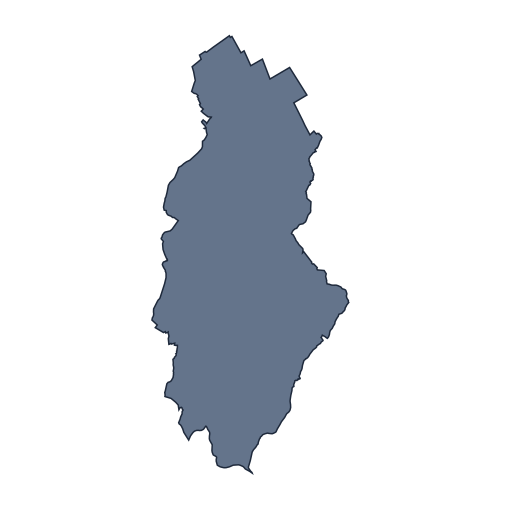 Frumoasa, Harghita, Romania, rotated 96°
{"feature_id": "2599482B33040841725403", "entity_name": "Frumoasa", "entity_type": "district", "adm_level": 2, "iso_a3": "ROU", "parent_name": "Romania", "parent_adm1": "Harghita", "projection": "equal_earth", "projection_center": [25.919, 46.451], "detail": "fine", "context": "isolated", "style": "filled", "palette": "slate", "viewbox_px": 512, "rotation_deg": 96, "n_neighbors": 0, "source": "geoboundaries", "source_scale": "gbopen_adm2", "svg_char_len": 6147}
<svg xmlns="http://www.w3.org/2000/svg" viewBox="0 0 512 512"><g transform="rotate(96 256 256)"><path d="M74.4,339.3L79.2,337.3L87.9,334.7L90.6,335.5L99.1,337.2L100.6,334.7L100.8,333.9L100.8,333.2L101.2,332.0L102.5,330.4L103.6,331.1L104.5,330.3L105.6,329.5L106.1,329.9L110.3,327.2L111.3,328.0L112.9,327.0L113.7,326.3L113.7,326.0L115.4,323.8L117.7,325.6L119.5,323.3L122.5,318.4L122.6,317.9L122.5,314.9L122.9,315.0L124.6,316.4L129.4,318.9L128.4,319.5L127.7,320.4L126.6,322.3L126.2,322.8L128.2,324.1L129.1,323.5L130.5,322.0L131.6,320.6L133.7,319.1L134.5,320.9L134.7,320.6L134.4,320.3L134.2,319.4L135.5,318.8L138.0,318.2L140.4,317.2L143.5,318.3L146.0,319.6L147.5,321.2L152.9,320.7L155.1,321.3L159.7,324.7L167.7,331.8L169.6,335.0L171.8,337.5L174.4,339.8L174.7,340.5L176.1,342.2L179.8,342.9L186.6,345.0L188.4,346.2L191.9,349.2L194.8,350.5L202.0,351.1L206.8,351.8L208.1,352.4L210.9,352.4L213.0,352.8L217.1,353.1L220.0,352.1L220.2,350.0L222.0,349.8L224.1,348.3L224.6,347.3L225.3,344.5L226.4,343.1L226.3,341.2L227.2,340.1L228.9,337.0L238.1,342.2L239.8,343.8L240.1,344.2L241.7,348.8L242.3,349.6L244.7,351.1L247.5,351.6L247.9,352.0L248.8,352.1L251.2,349.6L253.6,350.2L259.3,349.1L264.0,346.9L268.3,344.4L268.3,344.0L269.3,343.6L269.9,343.8L269.8,344.3L270.3,344.6L270.4,345.3L270.9,345.6L271.1,346.4L271.7,347.4L272.4,347.8L274.1,348.3L275.1,347.9L276.6,347.0L276.6,346.8L277.1,346.7L279.6,344.7L280.7,344.6L281.4,344.1L282.9,343.6L286.9,343.2L293.1,344.0L307.4,347.0L308.7,347.5L309.6,348.4L311.1,349.2L319.3,352.3L322.4,352.1L324.1,351.7L325.8,351.7L327.1,352.0L328.3,352.6L330.6,352.8L334.9,347.0L337.8,348.7L341.8,340.0L340.7,338.3L342.0,337.7L341.4,336.2L340.8,335.4L341.8,335.3L344.7,334.2L347.3,334.6L353.0,333.4L352.8,332.9L351.9,331.7L351.9,331.1L352.4,330.9L351.2,327.7L353.2,327.8L353.3,326.9L353.1,324.8L355.8,324.6L356.9,324.9L357.2,324.7L358.2,324.7L358.9,325.1L359.3,324.8L359.7,324.9L360.1,324.8L361.3,325.0L361.6,325.5L362.0,325.2L363.0,325.0L364.2,325.6L364.4,325.9L364.9,326.2L365.4,326.6L366.3,326.6L367.4,327.8L370.8,327.1L373.0,327.0L375.4,326.2L376.7,326.1L379.3,326.3L380.2,325.8L382.1,325.8L382.5,325.6L384.5,325.8L385.0,325.6L388.9,327.2L390.4,328.9L390.7,330.1L392.4,331.3L400.4,332.2L401.0,332.5L404.2,331.8L405.1,332.0L405.3,331.8L406.5,325.6L409.8,320.6L412.3,317.8L416.9,316.6L415.0,315.8L414.3,314.5L414.6,313.9L415.9,313.3L416.4,312.7L416.9,312.5L418.5,313.2L420.7,313.0L423.9,314.1L426.7,314.5L427.3,314.8L428.3,315.0L429.8,315.5L430.2,315.3L431.0,314.9L431.8,313.5L432.9,312.5L435.6,310.8L439.0,309.3L446.1,303.7L441.7,302.3L438.4,300.4L437.5,299.7L436.6,298.8L435.7,297.0L435.4,295.2L435.5,294.0L435.1,292.0L433.8,290.1L430.5,288.2L430.5,287.9L430.9,287.4L431.9,286.7L433.4,285.9L435.8,283.9L436.7,283.6L437.7,283.4L439.9,283.5L442.6,283.3L443.8,282.9L444.8,282.3L448.3,279.8L454.0,279.5L455.6,279.1L458.2,277.8L458.6,277.1L459.5,274.9L460.0,274.3L460.6,274.1L462.6,274.3L464.3,274.1L468.1,272.6L469.4,269.6L469.9,266.1L469.8,264.7L469.6,263.5L468.4,260.3L466.4,256.8L465.5,251.6L465.7,250.0L466.7,246.9L467.5,245.8L468.9,244.4L470.9,239.6L472.3,237.1L471.7,237.4L470.4,239.0L468.0,241.0L467.3,241.4L466.6,241.5L460.2,240.3L451.3,239.3L448.9,238.2L446.3,236.3L443.7,235.1L442.8,234.3L440.8,234.2L437.5,233.4L436.6,232.8L435.7,232.7L435.4,232.5L434.8,231.8L433.0,230.6L431.9,228.6L431.1,226.5L430.9,225.8L431.1,224.9L431.1,221.4L430.5,220.1L429.2,218.1L428.7,217.7L425.7,216.7L421.2,214.6L418.2,213.4L413.5,210.6L410.3,209.3L409.4,208.8L408.7,208.0L407.6,207.0L405.9,206.1L403.1,205.7L400.2,206.1L397.1,206.9L395.9,207.0L390.9,206.8L386.1,206.2L384.1,206.3L383.2,206.2L382.4,205.6L381.8,204.7L380.4,205.0L379.6,205.0L377.2,204.3L376.0,204.3L375.5,203.5L375.4,203.0L375.6,202.4L375.0,201.8L374.5,201.6L374.7,201.4L374.5,201.1L373.8,200.9L373.2,199.7L373.6,199.6L373.4,199.3L373.1,199.3L371.3,200.5L370.5,200.5L369.4,200.0L368.0,199.7L366.2,199.6L365.2,199.0L363.3,198.5L359.7,198.3L354.9,197.4L353.7,196.2L352.9,195.8L352.9,195.3L351.7,194.0L349.8,192.9L348.2,192.3L343.3,189.3L341.3,187.1L340.3,186.3L339.1,186.2L337.0,183.9L336.3,182.8L334.7,182.1L333.4,180.7L332.8,180.5L330.1,182.8L329.6,182.3L327.8,181.8L329.1,178.7L330.1,177.3L330.4,176.3L330.0,176.2L328.9,175.4L326.5,174.8L324.1,174.7L322.3,174.3L319.9,172.6L317.6,171.8L315.3,170.6L313.1,170.5L310.0,169.3L307.3,167.9L305.3,167.5L304.0,164.7L303.0,163.8L302.6,163.7L302.0,163.3L301.5,162.7L300.2,162.0L298.0,161.8L297.2,161.3L295.2,160.6L292.5,158.9L291.9,159.4L290.5,159.5L288.9,160.9L287.8,161.5L286.1,162.0L285.2,161.7L283.9,161.7L281.2,162.9L280.5,163.4L280.0,164.5L279.6,166.6L279.4,167.0L278.0,168.3L276.9,171.5L276.6,173.3L277.0,176.5L277.0,177.9L276.6,179.5L276.5,180.5L276.4,180.5L276.3,182.4L274.0,183.2L273.1,183.1L269.0,184.6L266.3,184.3L263.3,186.7L263.4,193.5L262.2,194.2L261.1,193.9L257.8,197.8L258.1,199.0L257.2,200.0L256.3,199.9L246.7,209.0L247.9,210.0L244.9,209.9L243.7,210.3L240.2,214.6L238.5,215.8L236.5,217.8L234.9,218.6L231.1,221.2L230.7,222.2L230.0,223.1L227.5,222.2L226.3,221.4L224.8,219.9L224.2,218.4L220.8,216.6L220.1,215.9L219.3,213.6L219.1,212.7L216.8,210.3L214.9,209.7L209.9,208.5L206.8,206.4L205.0,206.3L203.7,206.6L196.3,207.0L193.4,211.3L189.3,212.2L188.8,212.7L187.9,212.5L186.6,213.3L186.4,213.0L180.1,210.8L179.9,210.0L178.2,209.2L176.9,210.1L175.7,209.6L175.9,208.9L175.4,208.5L175.1,208.5L174.7,207.6L173.7,207.2L172.6,207.6L171.5,207.2L170.5,207.4L169.5,207.0L168.4,207.1L166.0,208.7L164.2,209.1L164.0,209.4L162.6,209.6L161.5,210.5L160.9,210.7L160.8,211.1L159.4,212.0L158.5,211.7L157.9,212.2L156.2,212.9L156.0,213.2L155.3,213.1L153.7,213.6L152.5,212.9L151.9,213.0L150.3,211.8L147.4,209.9L146.7,208.6L146.2,208.6L145.9,208.0L146.0,207.6L145.8,207.2L144.1,208.4L142.1,207.0L142.2,206.4L139.4,205.4L135.3,204.4L133.2,203.4L131.2,202.9L129.7,203.8L128.3,205.7L128.1,206.4L127.6,206.4L127.7,208.0L128.0,208.5L128.4,208.8L125.7,211.5L129.9,215.0L121.0,221.0L116.3,223.8L99.7,234.4L90.6,222.2L65.0,242.3L78.5,260.6L59.5,270.2L67.3,281.1L53.2,289.3L55.5,292.2L40.2,302.9L41.3,304.4L39.7,305.5L52.2,319.7L58.5,326.5L58.3,327.6L57.9,328.0L62.1,333.2L66.1,331.1L74.4,339.3Z" fill="#64748b" stroke="#1e293b" stroke-width="1.5"/></g></svg>